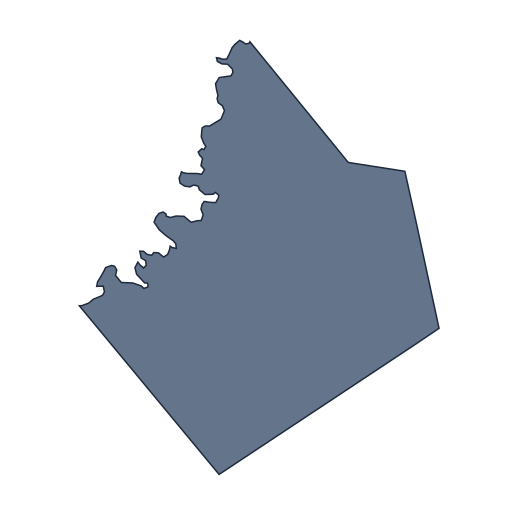 the district of Mills, Texas, United States of America, rotated 87°
{"feature_id": "52423323B24678536385719", "entity_name": "Mills", "entity_type": "district", "adm_level": 2, "iso_a3": "USA", "parent_name": "United States of America", "parent_adm1": "Texas", "projection": "natural_earth1", "projection_center": [-98.73, 31.477], "detail": "fine", "context": "isolated", "style": "filled", "palette": "slate", "viewbox_px": 512, "rotation_deg": 87, "n_neighbors": 0, "source": "geoboundaries", "source_scale": "gbopen_adm2", "svg_char_len": 1812}
<svg xmlns="http://www.w3.org/2000/svg" viewBox="0 0 512 512"><g transform="rotate(87 256 256)"><path d="M355.1,105.8L337.8,77.0L233.6,93.8L179.2,102.9L167.4,159.0L41.7,250.9L43.2,251.6L43.7,255.4L41.6,258.0L39.8,261.0L43.7,266.2L46.8,269.0L53.3,272.3L57.8,274.9L57.7,279.2L56.5,282.1L55.9,285.1L59.7,284.4L62.4,280.0L63.0,274.3L68.0,269.9L71.3,269.4L74.8,271.5L75.1,275.0L75.9,283.4L81.8,287.4L87.9,286.7L93.7,285.6L96.7,286.6L100.9,285.8L104.1,281.8L109.2,279.9L117.5,283.8L123.8,295.7L123.5,299.9L125.0,302.9L126.8,303.4L134.2,304.4L140.9,302.2L143.7,300.4L147.0,302.4L146.1,304.6L149.1,308.3L152.5,306.9L155.6,304.3L162.9,306.2L167.1,302.9L171.5,306.0L170.5,310.9L170.0,320.1L169.1,324.1L168.0,326.1L170.8,327.0L174.2,328.7L179.3,328.0L182.5,323.6L183.5,318.4L181.9,314.5L183.1,310.2L187.0,309.0L191.9,303.7L192.1,295.5L190.4,293.3L193.2,290.1L195.7,290.4L200.5,293.4L200.3,296.4L199.8,300.3L198.8,304.9L201.6,307.1L206.3,308.5L212.1,306.6L217.7,308.9L217.7,312.8L218.9,319.1L212.6,325.8L211.9,333.8L213.1,339.4L211.4,343.7L209.4,343.6L207.2,346.6L208.4,350.6L212.2,354.0L216.9,356.0L224.7,351.3L229.6,346.2L232.7,342.7L236.3,338.0L239.7,335.4L244.2,335.2L243.3,339.1L241.7,341.2L245.1,342.0L249.7,344.1L252.2,348.2L249.8,351.0L247.8,353.1L247.2,358.0L249.8,360.0L248.7,364.7L245.4,368.0L245.1,371.8L251.9,370.8L254.9,366.5L259.5,366.1L262.2,368.9L260.8,370.0L259.5,371.8L255.9,374.3L261.3,377.5L268.0,376.2L277.1,368.6L277.3,365.9L279.6,365.3L281.4,365.8L282.5,369.7L280.0,372.0L276.5,380.4L275.4,391.9L268.1,397.3L262.7,395.8L258.8,397.8L257.9,400.7L259.7,406.8L262.7,408.4L268.7,412.2L273.4,415.5L278.0,416.7L278.0,414.7L278.2,410.1L283.9,409.2L287.3,411.4L290.7,420.8L294.3,425.6L296.4,432.3L296.5,435.0L472.2,304.3L469.7,300.1L355.1,105.8Z" fill="#64748b" stroke="#1e293b" stroke-width="1.5"/></g></svg>